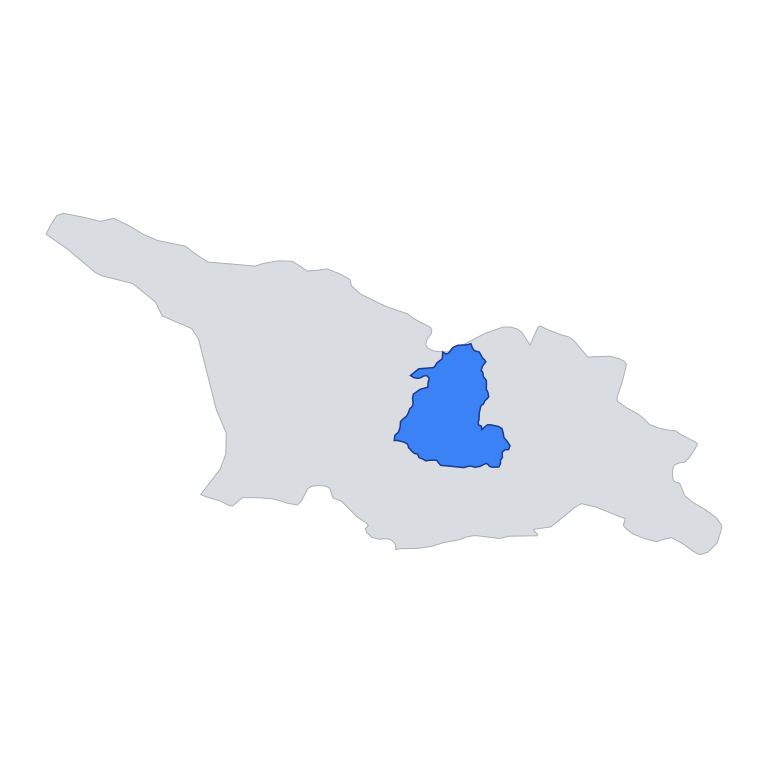 where Shida Kartli sits in Georgia
{"feature_id": "GEO-3039", "entity_name": "Shida Kartli", "entity_type": "Region", "adm_level": 1, "iso_a3": "GEO", "parent_name": "Georgia", "parent_adm1": "", "projection": "mercator", "projection_center": [44.031, 42.172], "detail": "fine", "context": "in_parent", "style": "filled", "palette": "blue", "viewbox_px": 768, "rotation_deg": 0, "n_neighbors": 0, "source": "natural_earth", "source_scale": "10m", "svg_char_len": 3583}
<svg xmlns="http://www.w3.org/2000/svg" viewBox="0 0 768 768"><path d="M395.5,549.7L395.7,547.2L394.9,543.3L391.8,540.4L387.4,538.6L379.3,539.3L371.9,537.4L366.6,532.4L365.4,528.6L368.4,525.5L366.2,522.9L356.9,516.8L341.7,501.4L333.1,498.0L329.7,488.3L326.3,486.3L319.1,485.4L311.5,486.3L309.8,487.4L307.5,488.9L301.5,501.0L297.3,505.0L287.0,503.1L278.5,500.3L271.5,498.7L258.0,497.7L242.7,497.5L232.4,506.1L227.9,505.0L220.1,500.8L207.4,497.3L200.7,494.6L220.1,469.2L225.8,454.1L226.0,444.9L226.3,433.3L216.2,409.3L207.6,375.1L198.6,339.2L191.6,328.5L162.2,316.0L155.4,301.9L132.7,283.6L101.2,275.6L94.9,272.2L67.5,249.1L46.1,234.2L50.7,225.1L56.8,215.6L63.4,213.3L82.8,217.1L100.7,221.4L113.7,218.3L129.2,225.8L143.4,234.4L157.6,240.5L185.4,246.2L195.7,254.1L207.8,262.0L255.2,266.1L259.0,264.8L262.5,263.7L278.4,260.8L292.5,261.3L307.3,270.9L316.8,270.4L327.0,268.9L340.0,274.0L350.3,279.7L351.2,285.5L360.1,293.8L386.3,306.6L407.5,313.8L414.0,318.8L430.2,327.2L431.8,329.8L431.4,333.2L426.9,339.5L425.7,345.0L427.9,348.2L434.5,351.3L447.8,352.0L452.6,348.0L462.5,345.1L472.3,340.0L485.4,333.2L503.2,327.0L510.3,327.0L517.2,328.9L521.9,332.3L530.0,345.1L538.0,327.2L540.0,325.9L547.3,329.5L560.3,334.5L569.2,337.1L574.1,340.8L587.8,357.0L609.9,356.2L619.2,358.7L624.3,361.3L626.5,364.5L622.6,380.6L617.1,397.3L617.5,401.4L626.4,407.7L638.5,414.3L645.0,419.7L649.4,424.5L658.9,428.1L670.1,430.4L675.5,430.7L681.1,434.7L695.6,442.2L697.4,444.1L695.0,448.9L689.2,457.7L684.6,462.2L679.4,462.9L674.4,465.0L672.6,469.6L672.4,475.7L673.3,480.1L674.6,481.7L679.7,483.2L684.9,495.9L692.9,502.3L705.4,509.7L716.5,518.0L721.9,525.6L720.9,531.2L717.3,542.7L708.0,552.2L700.2,554.7L697.5,553.8L692.5,550.8L682.3,543.4L671.3,537.6L662.8,539.5L657.2,541.7L646.1,539.1L633.1,534.0L626.3,529.0L623.3,525.3L625.3,518.8L595.7,507.0L581.4,503.7L575.0,507.3L553.2,525.1L550.6,526.9L534.0,529.3L534.0,530.8L537.8,534.6L537.0,535.8L509.1,536.2L499.9,538.5L475.1,535.5L466.9,536.8L459.9,539.6L442.9,542.8L431.2,546.5L416.3,548.5L400.8,548.6L395.5,549.7Z" fill="#d9dde1" stroke="#a8b0b8" stroke-width="1"/><path d="M442.8,352.0L444.1,353.0L446.0,353.9L447.9,353.6L449.4,352.3L451.9,348.8L453.3,347.3L457.7,345.3L467.3,344.8L470.9,343.7L471.1,344.2L472.3,347.8L474.4,350.7L479.2,352.0L482.6,358.0L484.3,359.6L485.9,361.8L482.6,365.9L481.1,370.7L482.2,371.4L482.9,372.8L483.1,375.0L483.6,377.1L484.9,378.5L486.3,380.4L486.5,384.5L486.2,388.8L487.9,392.4L488.7,396.7L487.0,399.0L484.9,400.6L484.2,402.4L483.3,404.1L482.0,405.0L480.8,406.0L479.3,412.7L479.0,419.7L479.0,419.9L478.1,422.4L478.5,424.7L481.4,426.2L481.8,429.7L483.2,428.4L484.8,426.9L487.7,424.7L491.2,424.9L498.4,426.5L501.9,428.4L502.2,429.5L502.3,429.8L503.2,432.7L503.9,437.5L507.2,441.4L510.0,445.7L508.6,449.6L504.9,449.7L502.1,452.4L502.4,457.6L500.5,460.0L500.5,463.4L498.9,467.0L491.8,467.2L489.5,466.3L487.9,464.3L486.0,463.4L479.9,466.4L475.0,467.2L470.3,466.0L467.1,466.6L464.0,467.6L440.6,465.3L436.4,460.1L429.6,460.3L425.7,460.8L422.3,458.8L419.0,457.6L417.5,454.0L414.4,453.5L411.0,450.5L410.0,448.9L408.6,447.8L408.1,445.6L407.1,443.7L403.5,442.0L397.0,440.4L394.2,440.6L394.9,435.3L398.5,432.1L400.1,427.2L400.5,421.5L403.3,418.7L406.6,416.2L408.4,412.7L409.8,408.7L411.3,407.4L411.9,406.8L412.0,406.7L412.5,406.1L413.1,402.6L412.5,398.2L413.0,395.8L413.3,394.2L415.4,392.7L420.1,389.3L427.9,387.2L428.0,382.7L429.2,378.3L426.9,375.6L423.7,376.0L420.9,377.6L417.9,378.3L414.0,377.7L410.5,375.5L418.7,368.8L432.7,367.7L434.6,366.8L436.9,362.8L442.2,358.9L442.8,352.0Z" fill="#3b82f6" stroke="#1e3a8a" stroke-width="1.5"/></svg>